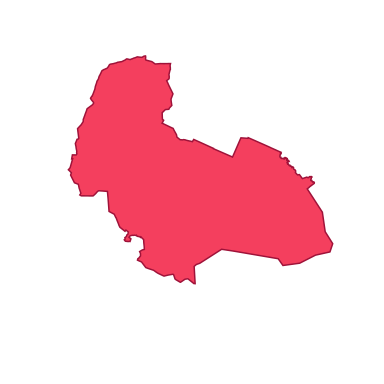 Ērģemes pag., Valkas, Latvia (orthographic projection), rotated 128°
{"feature_id": "27541924B65555347577628", "entity_name": "Ērģemes pag.", "entity_type": "district", "adm_level": 2, "iso_a3": "LVA", "parent_name": "Latvia", "parent_adm1": "Valkas", "projection": "orthographic", "projection_center": [25.763, 57.825], "detail": "fine", "context": "isolated", "style": "filled", "palette": "rose", "viewbox_px": 384, "rotation_deg": 128, "n_neighbors": 0, "source": "geoboundaries", "source_scale": "gbopen_adm2", "svg_char_len": 5825}
<svg xmlns="http://www.w3.org/2000/svg" viewBox="0 0 384 384"><g transform="rotate(128 192 192)"><path d="M236.4,309.1L240.0,307.2L239.3,306.5L247.9,303.0L250.6,303.1L250.7,301.8L251.1,298.9L253.4,298.1L254.1,296.6L257.1,290.3L255.9,286.3L258.5,283.2L261.4,278.8L263.4,278.6L263.3,277.4L263.1,276.8L256.5,268.2L255.9,267.5L255.4,267.4L253.0,267.0L252.3,266.9L250.8,266.9L248.8,266.5L248.4,266.2L246.2,263.0L243.6,259.0L248.6,254.3L258.4,245.4L257.4,239.6L259.1,236.2L259.1,235.8L260.2,234.1L262.4,230.3L263.2,229.1L264.2,227.0L264.2,220.6L262.7,220.6L262.7,217.6L264.8,216.5L266.0,216.9L267.4,216.3L269.3,216.8L270.2,215.8L270.8,215.7L271.4,215.9L271.8,214.2L270.6,212.2L269.7,211.0L269.0,210.6L269.0,210.4L268.6,210.5L267.9,210.8L266.5,211.3L266.4,213.8L264.7,213.8L264.2,213.5L263.1,212.6L262.8,212.4L262.5,211.7L262.1,211.4L261.4,210.7L260.8,209.5L260.2,209.1L260.7,208.0L260.1,207.0L259.4,205.4L259.5,204.7L258.8,204.7L259.1,202.9L259.2,201.7L259.3,200.8L261.6,198.8L264.5,196.0L266.6,194.2L267.7,195.1L268.5,195.6L271.2,196.6L271.6,195.8L272.2,194.7L274.1,193.2L277.5,193.3L277.6,193.5L278.0,193.6L279.3,193.0L278.9,191.4L278.3,189.1L278.2,188.7L280.0,181.9L279.3,179.6L277.3,174.0L277.2,170.9L277.0,168.9L276.8,167.9L275.6,162.6L275.5,162.4L275.4,162.2L272.1,159.6L268.8,156.6L268.6,156.4L268.5,156.2L268.5,155.7L268.6,155.4L270.8,152.1L271.0,151.6L271.1,151.3L270.4,146.0L270.3,145.6L270.0,145.4L265.2,143.9L264.8,143.6L263.2,142.1L263.0,141.9L262.9,141.6L262.9,140.9L263.0,134.4L263.0,134.1L262.9,134.0L262.7,133.7L262.3,133.1L249.3,144.5L246.7,144.0L246.2,143.8L243.4,142.0L218.9,133.4L213.1,123.1L191.5,83.0L193.9,75.1L181.8,63.3L165.7,55.8L154.3,46.4L146.1,49.3L144.0,55.1L141.3,62.6L127.6,76.9L127.6,77.0L118.6,103.1L115.9,102.5L115.6,102.6L115.3,102.5L115.1,102.4L110.0,101.0L109.9,101.0L109.3,101.4L109.3,101.6L109.1,101.7L109.1,101.9L109.1,102.1L109.1,102.3L109.2,102.5L109.3,102.7L109.5,102.8L109.8,102.9L109.8,103.1L109.7,103.3L109.8,103.5L109.2,104.6L109.6,104.9L109.8,105.4L109.7,105.6L109.3,105.9L108.7,106.2L108.3,106.1L108.0,106.3L107.5,106.7L107.0,106.8L106.6,106.6L106.4,106.7L106.2,106.9L106.3,107.4L106.7,107.9L107.1,108.0L107.2,108.3L107.3,108.6L107.6,108.9L108.0,108.9L108.8,109.0L109.3,109.4L109.6,110.7L113.1,113.0L113.4,113.2L113.4,113.5L112.2,117.9L112.2,118.2L113.1,118.9L113.5,119.3L113.4,120.5L113.1,121.9L113.1,122.4L112.8,122.6L112.6,122.6L112.1,122.9L111.4,123.5L111.4,123.9L111.2,124.2L111.1,124.6L111.3,125.3L111.4,125.7L110.9,126.6L110.3,126.9L110.2,127.4L110.1,128.0L110.4,128.3L111.0,128.2L111.2,128.4L110.9,128.6L110.5,129.2L110.5,129.6L111.0,130.1L110.6,131.2L110.8,131.3L111.0,131.4L111.2,131.2L111.3,131.3L111.3,131.7L111.0,132.1L111.1,132.3L110.9,132.6L110.9,132.9L110.6,133.5L110.9,133.7L110.2,134.0L110.1,134.3L110.5,134.8L110.5,135.0L110.4,135.2L110.2,135.2L109.9,135.0L109.7,134.7L108.4,134.9L108.1,134.4L107.7,135.2L107.7,135.6L107.8,135.9L108.0,136.0L108.8,135.9L108.8,136.2L108.7,136.8L108.3,137.1L108.0,137.2L107.4,137.2L107.0,137.5L107.2,138.2L107.6,138.4L107.6,138.6L107.8,139.0L107.2,139.0L107.3,139.5L107.6,139.7L107.7,140.0L108.2,140.0L108.4,140.2L108.7,139.9L108.8,139.5L109.2,139.6L109.3,140.0L109.4,140.3L109.3,140.7L109.4,140.8L109.7,140.8L109.8,141.1L109.8,141.3L110.0,141.7L110.5,142.2L110.3,142.6L110.2,143.0L110.0,143.3L110.5,143.5L110.4,143.8L110.2,144.1L109.7,144.8L109.6,145.0L108.5,145.2L108.4,145.5L107.5,145.7L107.4,145.6L107.3,145.4L107.1,145.4L106.6,145.5L106.3,145.9L106.7,146.2L106.7,146.3L106.3,146.3L105.9,146.3L107.2,151.4L107.3,151.9L107.3,152.0L107.7,153.4L107.8,153.7L107.8,153.9L108.6,157.1L108.8,158.1L110.0,163.0L110.1,163.3L110.2,163.8L113.1,175.3L114.6,181.2L115.3,181.0L119.2,186.8L135.1,182.7L139.5,181.6L142.4,192.9L143.2,196.0L144.7,201.8L144.4,201.9L144.6,202.7L147.1,213.1L149.5,223.0L152.1,222.7L153.1,224.9L153.8,226.3L154.9,228.8L155.1,229.5L155.9,230.9L156.9,231.7L157.8,233.2L158.1,233.5L158.0,237.7L156.4,239.5L154.4,244.2L153.5,246.0L154.0,248.1L156.1,257.6L156.2,257.9L152.9,258.5L152.9,259.3L153.0,259.9L151.5,261.3L147.9,264.3L144.0,263.8L143.4,263.7L141.1,261.2L139.6,261.5L136.2,261.2L133.2,264.4L132.0,265.5L131.2,265.9L126.4,267.4L125.8,268.6L122.1,276.2L120.9,278.4L119.9,280.5L116.9,279.8L115.3,280.8L113.6,282.5L111.0,283.7L109.2,284.5L108.9,284.4L107.4,285.6L106.1,286.9L105.5,287.3L104.0,288.0L108.4,293.5L110.2,295.9L113.8,299.8L113.9,302.9L114.0,304.0L116.4,309.5L116.2,309.9L115.8,310.5L114.4,311.4L114.1,311.6L113.4,312.4L114.1,313.1L114.4,313.4L114.8,313.6L115.2,313.8L115.9,314.0L116.6,314.3L116.8,314.5L117.3,315.3L117.7,315.8L119.0,318.0L119.3,318.4L120.6,319.1L121.4,319.6L122.3,320.3L124.0,321.2L124.6,321.7L125.4,322.0L125.5,322.1L125.9,322.6L126.3,323.3L126.4,323.6L126.7,324.3L127.1,325.1L127.3,325.4L128.0,325.7L129.0,325.9L132.5,327.6L135.6,330.5L136.8,331.1L138.7,332.6L139.3,333.0L140.7,334.3L141.0,334.5L141.3,334.9L142.3,335.4L142.9,335.4L144.6,335.1L146.4,335.1L147.4,335.4L147.9,335.8L149.0,336.3L149.7,336.8L151.7,337.6L152.1,337.6L154.1,337.1L156.5,336.6L158.0,336.4L159.0,336.0L160.4,335.4L161.6,335.2L163.1,335.1L164.3,334.6L164.7,334.4L168.2,333.2L170.7,331.9L171.3,331.7L176.4,330.1L177.2,330.0L177.6,329.7L177.9,329.7L178.2,329.9L179.6,329.8L180.5,329.7L180.8,329.5L180.9,329.2L180.9,328.8L181.2,328.4L181.4,327.5L182.0,324.9L182.4,324.3L182.8,324.2L183.5,324.2L183.9,324.1L184.4,324.1L190.5,325.8L191.1,325.9L193.2,325.1L195.8,324.3L198.7,323.3L198.9,323.3L199.6,323.0L201.4,322.5L201.9,322.3L203.4,321.1L203.5,321.1L207.6,320.7L207.7,320.8L212.5,321.2L216.8,316.9L219.3,314.4L219.9,314.2L220.6,314.5L221.1,315.0L221.4,315.0L223.3,314.4L225.6,313.8L226.2,313.1L227.2,312.0L227.5,311.5L228.1,310.9L228.4,310.7L229.9,309.0L230.8,307.9L232.1,307.1L232.2,306.9L232.5,306.7L232.7,306.3L232.8,306.2L234.1,306.1L236.4,309.1Z" fill="#f43f5e" stroke="#9f1239" stroke-width="1.5"/></g></svg>